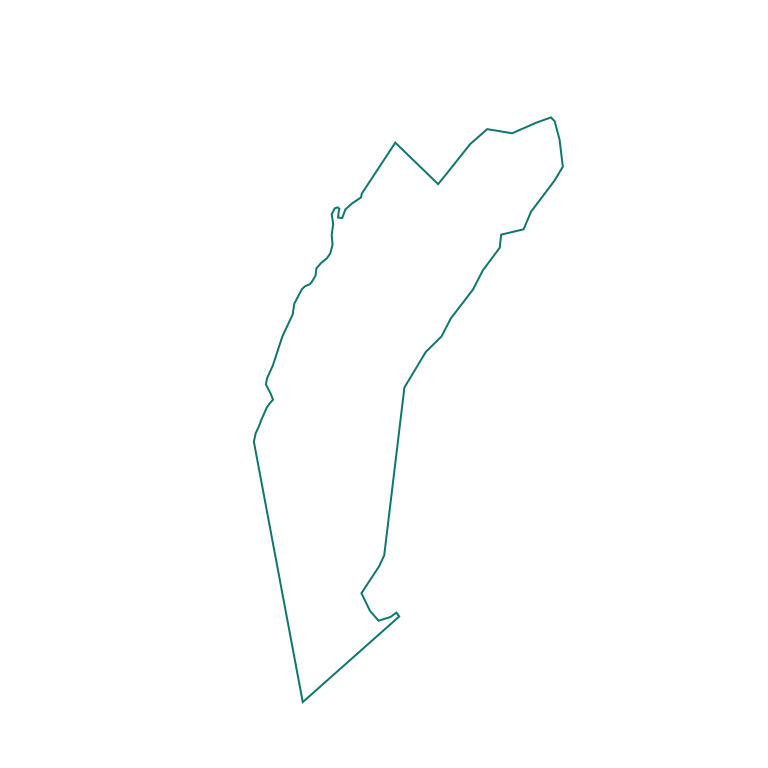 outline of La Haut, Soufrière, Saint Lucia, rotated 121°
{"feature_id": "8701671B5410324269547", "entity_name": "La Haut", "entity_type": "district", "adm_level": 2, "iso_a3": "LCA", "parent_name": "Saint Lucia", "parent_adm1": "Soufrière", "projection": "albers", "projection_center": [-61.057, 13.863], "detail": "fine", "context": "isolated", "style": "outline", "palette": "teal", "viewbox_px": 768, "rotation_deg": 121, "n_neighbors": 0, "source": "geoboundaries", "source_scale": "gbopen_adm2", "svg_char_len": 1026}
<svg xmlns="http://www.w3.org/2000/svg" viewBox="0 0 768 768"><g transform="rotate(121 384 384)"><path d="M575.4,251.3L573.6,255.6L580.3,258.4L589.7,266.7L585.7,279.1L574.9,295.6L542.8,294.3L530.7,295.6L376.5,364.7L335.0,364.7L313.5,359.2L293.4,360.5L257.2,356.4L235.8,357.8L207.6,355.0L195.6,360.5L179.5,344.0L160.7,346.7L121.8,342.6L105.7,342.6L84.3,359.2L70.9,373.0L69.5,378.2L81.6,388.1L103.1,403.3L112.4,426.8L133.9,433.7L175.5,439.2L184.8,440.6L171.3,498.6L232.2,501.1L235.9,499.8L245.7,504.4L254.3,507.0L263.3,505.3L265.0,509.1L259.6,511.6L256.8,512.5L256.4,514.6L258.8,516.7L265.4,516.3L273.1,509.9L283.0,505.7L291.2,499.8L299.8,497.3L305.5,497.7L312.5,500.2L319.8,501.5L326.4,498.5L330.8,498.5L334.2,498.5L336.6,499.0L340.7,501.9L344.8,503.2L361.2,502.3L371.4,498.1L395.6,495.6L425.5,488.8L439.4,487.2L445.2,485.0L450.9,475.8L454.6,471.1L459.9,472.0L464.0,472.4L477.9,470.7L484.9,469.4L492.3,468.6L497.3,466.9L500.4,465.9L698.5,289.8L576.3,251.5L575.4,251.3Z" fill="none" stroke="#0f766e" stroke-width="2"/></g></svg>